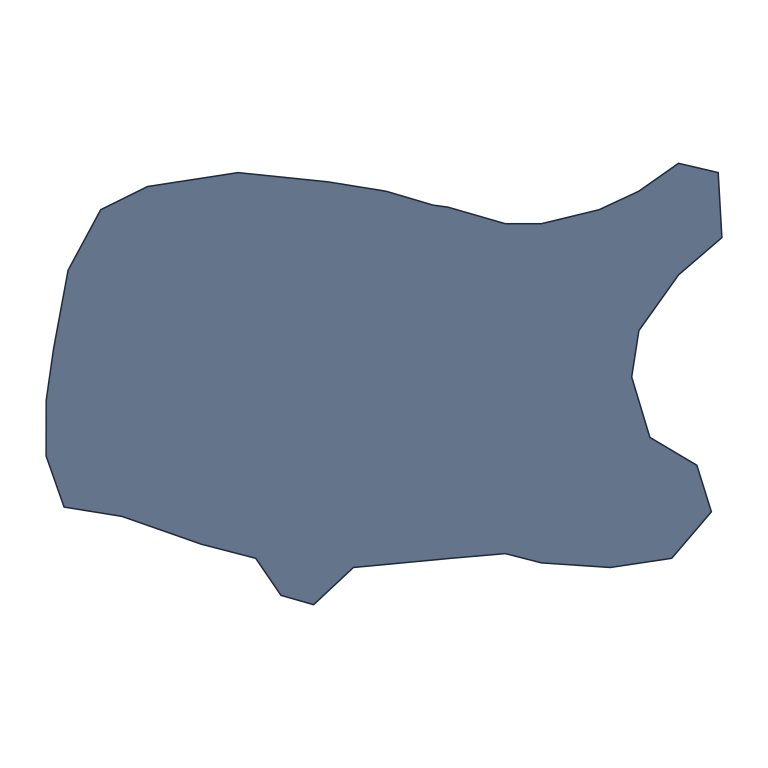 outline of City of Minsk
{"feature_id": "BLR-4825", "entity_name": "City of Minsk", "entity_type": "Municipality", "adm_level": 1, "iso_a3": "BLR", "parent_name": "Belarus", "parent_adm1": "", "projection": "robinson", "projection_center": [27.633, 53.903], "detail": "fine", "context": "isolated", "style": "filled", "palette": "slate", "viewbox_px": 768, "rotation_deg": 0, "n_neighbors": 0, "source": "natural_earth", "source_scale": "10m", "svg_char_len": 571}
<svg xmlns="http://www.w3.org/2000/svg" viewBox="0 0 768 768"><path d="M678.5,163.3L718.2,172.6L721.9,237.6L678.6,274.8L638.9,330.6L631.7,377.0L649.9,437.4L696.9,465.3L711.4,511.8L671.7,558.3L610.2,567.5L541.5,562.9L505.3,553.6L451.0,558.3L353.4,567.5L313.6,604.7L281.0,595.4L255.7,558.3L201.5,544.3L121.9,516.4L64.1,507.1L46.1,456.0L46.2,400.3L53.5,349.1L68.1,270.2L100.7,209.7L147.6,186.5L237.9,172.6L328.2,181.9L386.0,191.2L432.9,205.1L447.8,207.1L505.2,223.7L541.3,223.7L599.1,209.7L638.8,191.2L678.5,163.3Z" fill="#64748b" stroke="#1e293b" stroke-width="1.5"/></svg>